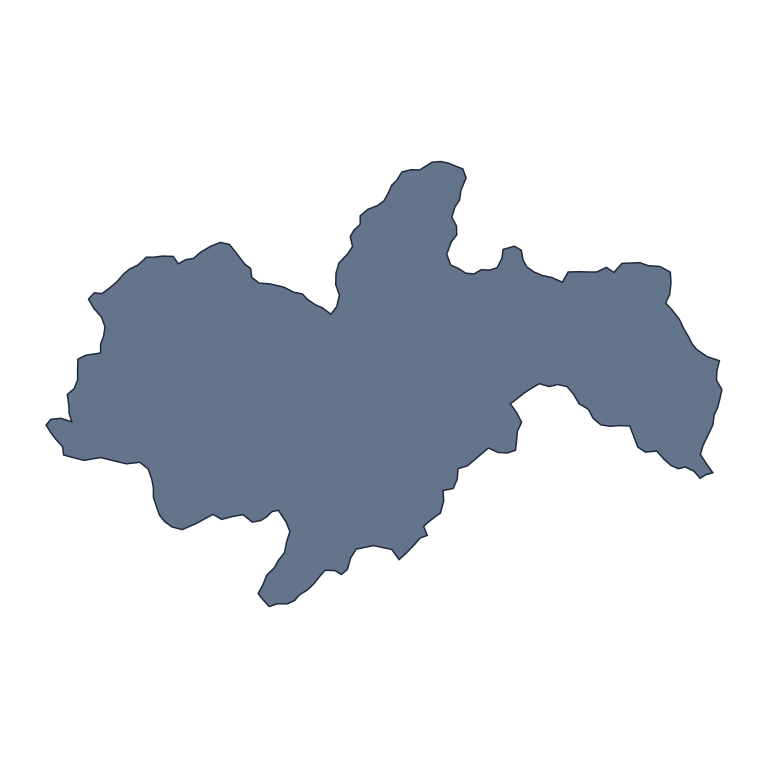 Marechal Floriano, Espírito Santo, Brazil (Mercator projection)
{"feature_id": "56859067B31532180406364", "entity_name": "Marechal Floriano", "entity_type": "district", "adm_level": 2, "iso_a3": "BRA", "parent_name": "Brazil", "parent_adm1": "Espírito Santo", "projection": "mercator", "projection_center": [-40.766, -20.433], "detail": "fine", "context": "isolated", "style": "filled", "palette": "slate", "viewbox_px": 768, "rotation_deg": 0, "n_neighbors": 0, "source": "geoboundaries", "source_scale": "gbopen_adm2", "svg_char_len": 3073}
<svg xmlns="http://www.w3.org/2000/svg" viewBox="0 0 768 768"><path d="M645.4,452.1L656.7,451.0L663.9,459.2L671.0,465.5L678.4,468.7L685.4,467.0L694.1,471.3L700.1,478.3L706.2,474.5L712.8,472.8L705.8,462.7L700.4,454.5L702.9,445.8L708.4,434.3L712.8,425.1L714.2,414.6L717.5,408.1L719.8,399.1L721.9,389.6L716.5,380.2L716.9,370.9L719.4,360.7L707.4,356.8L696.7,349.5L692.2,344.0L688.4,336.5L684.0,329.1L679.1,318.9L672.1,310.0L665.6,302.9L669.6,294.8L671.0,282.9L670.3,272.1L660.0,266.5L648.3,265.7L640.0,262.7L631.5,263.0L622.0,263.4L613.9,272.4L606.4,267.4L596.7,272.0L587.2,272.0L579.5,271.7L568.1,272.0L562.4,282.2L551.4,277.4L542.6,275.6L534.2,272.1L526.7,266.9L522.9,259.5L521.3,250.2L514.3,246.2L503.1,249.4L501.9,258.4L497.2,267.7L489.5,270.1L481.1,269.7L474.1,273.9L465.7,273.2L458.7,268.6L450.7,265.0L446.7,254.2L451.4,241.7L456.8,234.8L456.5,226.0L451.8,217.3L455.0,206.8L459.5,200.1L461.0,190.1L466.1,177.9L462.8,168.9L456.5,166.5L448.1,163.0L440.4,161.5L432.0,162.2L419.6,170.0L411.0,169.7L401.9,172.0L396.8,180.2L391.6,185.4L388.4,192.8L383.9,200.9L377.5,205.6L367.9,209.3L360.2,215.8L360.2,224.5L354.0,230.0L350.3,236.5L352.5,246.6L347.1,254.5L339.0,263.0L336.0,273.2L335.7,284.6L339.4,295.1L336.8,306.5L330.9,314.3L322.6,307.9L315.4,304.8L307.5,299.4L302.3,293.9L293.2,292.1L284.3,287.3L269.5,283.8L259.1,283.1L251.8,277.4L250.7,268.5L244.8,264.2L238.0,255.2L229.4,244.4L220.3,242.4L210.7,246.2L200.6,252.2L193.6,258.4L185.9,259.6L178.3,263.8L173.2,256.4L162.5,256.1L153.8,257.2L146.4,257.2L138.0,265.0L129.8,268.9L124.0,273.6L116.4,282.2L109.4,288.1L102.0,293.6L94.3,292.8L88.5,299.1L93.7,308.3L101.4,316.9L105.0,326.8L103.6,336.1L100.6,344.3L100.6,353.0L92.6,354.2L85.9,355.2L77.9,359.2L77.6,370.5L77.6,379.9L74.2,388.6L67.3,394.4L68.8,404.9L69.1,413.1L71.8,421.8L60.8,418.3L50.8,419.3L46.1,425.1L50.8,432.7L55.6,439.0L62.6,446.7L63.6,455.0L72.0,457.3L84.2,460.4L92.6,458.8L101.0,457.6L112.0,460.4L126.5,463.8L139.8,462.3L148.2,469.0L151.9,479.6L153.4,487.7L153.4,497.5L156.7,507.2L159.5,515.1L164.4,521.4L171.9,526.9L182.3,529.6L196.6,523.3L206.4,517.9L213.0,514.4L221.7,519.4L232.0,516.6L243.1,514.7L252.2,522.1L260.7,520.6L266.5,517.0L271.9,511.6L278.5,510.4L286.3,522.4L289.9,531.6L286.6,541.8L284.5,552.6L278.6,560.1L274.1,568.0L266.8,575.0L262.8,585.0L258.1,593.6L262.5,599.2L269.1,606.5L277.5,603.8L287.6,603.8L294.8,600.3L299.5,594.8L307.0,590.2L313.7,584.0L320.0,576.0L325.1,570.3L335.0,570.6L341.3,574.5L347.4,569.5L350.7,557.8L356.3,549.1L373.4,545.6L391.8,549.5L399.1,559.6L406.3,553.0L414.7,544.4L419.9,538.1L427.3,535.4L423.6,526.4L429.2,521.4L434.6,517.1L440.4,513.1L443.7,501.0L443.0,490.5L453.1,488.6L457.3,479.2L458.0,468.7L467.5,465.8L475.2,459.2L482.2,453.3L488.4,448.0L498.2,452.5L507.5,453.0L515.5,450.2L516.6,440.8L517.3,431.4L521.6,422.4L516.5,412.3L510.3,403.8L517.6,398.3L523.5,393.5L530.0,389.2L539.3,383.7L549.4,386.6L557.6,384.5L567.1,386.6L573.4,393.9L579.1,403.8L588.4,409.3L593.1,418.3L600.8,424.8L609.9,426.3L618.8,425.6L629.8,425.9L634.0,437.0L637.7,447.0L645.4,452.1Z" fill="#64748b" stroke="#1e293b" stroke-width="1.5"/></svg>